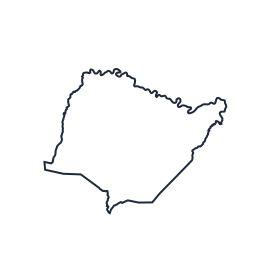 outline of San Francisco de Becerra, Olancho, Honduras, rotated 46°
{"feature_id": "27666195B71120455883268", "entity_name": "San Francisco de Becerra", "entity_type": "district", "adm_level": 2, "iso_a3": "HND", "parent_name": "Honduras", "parent_adm1": "Olancho", "projection": "albers", "projection_center": [-86.058, 14.62], "detail": "fine", "context": "isolated", "style": "outline", "palette": "slate", "viewbox_px": 256, "rotation_deg": 46, "n_neighbors": 0, "source": "geoboundaries", "source_scale": "gbopen_adm2", "svg_char_len": 5686}
<svg xmlns="http://www.w3.org/2000/svg" viewBox="0 0 256 256"><g transform="rotate(46 128 128)"><path d="M176.6,200.2L176.0,199.2L174.9,196.9L174.7,196.2L174.6,194.5L174.1,191.9L174.5,191.3L175.2,189.3L175.4,188.7L175.6,186.9L176.3,184.7L176.9,184.3L177.8,184.3L179.9,178.4L189.1,172.1L198.4,162.2L197.1,150.5L196.3,121.5L195.7,104.5L195.1,103.3L194.1,102.1L193.4,101.5L192.3,100.7L192.0,100.2L191.6,99.0L191.3,98.5L190.9,98.2L189.5,97.9L189.1,97.6L188.9,97.1L188.9,96.8L189.2,95.5L189.3,94.2L190.3,91.8L190.2,90.5L190.3,90.2L190.5,89.7L191.4,88.9L191.6,88.5L191.6,85.2L191.5,84.9L191.1,84.5L190.7,83.8L190.7,83.5L190.9,82.4L190.9,82.0L190.2,80.7L189.4,79.6L189.2,77.9L188.4,75.9L188.3,75.2L187.7,74.5L187.5,73.9L187.0,73.4L186.6,72.8L186.4,72.5L186.4,71.5L185.5,71.6L185.5,70.6L185.1,70.2L185.0,69.9L185.2,68.6L184.5,67.7L184.8,67.0L184.3,66.0L184.4,65.9L185.0,65.9L185.1,65.7L185.0,65.0L184.6,64.6L184.7,64.4L184.9,64.2L185.1,64.0L184.8,63.3L184.9,63.2L185.5,63.3L185.6,63.0L185.5,62.7L185.6,62.3L185.5,61.8L185.2,61.2L184.3,60.2L184.2,60.0L184.3,59.7L184.8,59.4L185.7,58.9L187.1,58.6L187.4,58.6L187.7,58.9L188.1,59.1L188.8,59.2L189.5,58.8L189.9,58.3L190.0,57.9L189.4,57.6L188.9,57.2L188.6,56.7L188.3,55.7L188.0,54.8L187.3,54.1L186.6,53.4L185.4,53.1L183.1,52.7L181.6,52.2L181.1,51.7L180.8,51.0L180.9,50.1L181.4,49.2L183.1,47.3L183.2,47.1L183.0,46.7L181.7,44.7L181.1,42.8L180.7,42.3L179.8,41.7L177.5,40.9L177.0,40.5L176.3,39.9L175.7,39.5L175.2,39.4L174.8,39.6L172.4,41.3L171.5,41.6L170.6,41.5L170.0,41.7L169.3,42.0L168.4,42.9L168.5,43.6L168.9,44.9L170.6,47.8L170.7,48.1L170.6,48.8L170.4,49.2L170.0,49.5L167.6,50.4L167.1,51.3L167.1,52.8L166.8,53.6L166.3,54.4L164.1,56.4L163.1,58.0L162.6,60.6L162.0,62.0L161.5,63.8L161.5,64.6L161.9,67.0L161.8,69.8L160.9,72.3L160.3,73.3L159.7,74.0L159.3,74.1L158.8,74.1L158.3,73.9L157.9,73.4L157.7,72.8L157.6,71.8L157.9,70.3L157.9,69.3L157.7,68.9L157.5,68.7L157.2,68.6L156.9,68.6L156.1,68.9L155.8,69.1L155.3,69.7L154.9,70.3L154.7,70.5L154.1,70.7L152.4,71.0L151.8,71.4L150.9,71.9L150.4,72.3L149.8,72.9L149.5,73.3L148.9,75.7L148.7,76.3L148.1,76.9L147.7,77.0L147.3,76.9L146.8,76.8L146.4,76.5L145.9,75.8L145.7,74.4L145.6,72.7L145.4,72.1L145.2,71.7L144.5,71.0L143.8,70.5L143.2,70.4L142.6,70.4L142.0,70.7L141.5,71.6L141.2,73.1L141.4,73.6L142.6,74.9L142.9,75.4L142.9,75.8L142.8,76.3L142.5,76.8L142.2,77.2L141.1,77.8L140.5,77.9L139.1,77.9L137.2,77.5L135.9,77.7L135.2,78.5L134.7,78.9L134.1,79.2L133.5,79.4L132.9,79.4L131.5,79.0L130.9,79.0L130.3,79.2L129.9,79.6L128.9,81.4L128.3,82.1L127.9,82.2L126.5,82.3L126.0,82.5L125.7,82.8L125.5,83.2L125.4,83.7L125.6,85.5L125.5,85.9L124.8,85.9L123.9,85.2L123.4,84.4L122.9,82.9L122.5,82.4L121.7,82.1L120.7,82.3L120.3,82.5L120.1,82.7L119.6,83.7L119.5,84.5L119.6,85.7L119.4,86.5L119.1,86.9L118.7,87.1L118.0,87.1L115.9,86.5L114.9,86.5L114.2,86.7L113.7,87.1L112.9,88.8L112.5,89.1L112.3,89.2L110.6,89.2L109.1,89.4L108.6,89.7L107.6,90.8L105.9,91.5L105.4,91.8L104.5,92.2L103.0,94.0L102.5,94.3L102.0,94.2L101.5,94.0L101.2,93.3L101.1,93.0L100.4,92.2L100.3,91.8L100.1,91.4L99.5,90.8L99.1,90.2L97.7,89.2L97.2,89.2L96.5,89.4L95.1,90.3L94.5,90.6L92.6,90.9L91.3,91.3L90.9,91.5L90.6,92.1L90.3,92.3L89.8,92.3L89.4,92.0L89.0,91.5L88.3,91.0L87.6,90.8L86.9,90.9L86.5,91.1L86.2,91.5L85.8,93.3L85.1,95.4L85.1,96.0L85.6,97.3L85.6,97.7L85.3,98.2L84.9,98.6L84.2,99.1L83.8,99.3L82.3,99.5L81.5,99.5L81.0,99.3L80.7,98.8L80.7,97.9L80.8,97.2L81.6,96.1L82.5,95.1L82.6,94.8L82.5,94.5L81.7,94.2L80.7,94.2L79.5,94.4L78.3,94.8L77.9,95.0L76.8,96.3L76.5,97.2L76.5,97.6L76.7,98.1L77.6,99.3L77.9,99.8L78.0,100.6L77.8,101.3L77.5,101.8L77.0,102.0L75.2,101.6L74.5,101.7L73.8,102.0L73.2,102.6L73.0,103.0L72.8,104.7L72.1,106.3L72.3,107.9L72.3,108.4L71.8,110.0L71.5,110.5L71.3,110.7L71.0,110.7L70.5,110.5L69.0,109.0L68.4,108.5L68.1,108.4L67.5,108.6L66.9,108.8L66.8,109.2L67.2,111.8L67.1,112.5L66.7,113.1L66.1,113.7L65.8,113.8L65.2,113.8L62.1,113.1L61.3,113.3L60.3,113.9L60.0,114.3L60.1,114.9L60.3,115.3L60.8,115.8L61.8,116.5L61.9,117.0L61.8,117.4L61.7,117.7L60.1,118.6L59.2,119.3L57.9,121.1L57.6,121.7L57.8,122.4L58.2,123.2L58.8,123.8L59.1,125.4L60.4,125.4L60.8,126.7L61.2,127.2L62.0,128.2L62.6,128.5L63.3,129.1L64.1,129.5L64.5,129.9L64.9,130.1L65.3,130.7L65.4,131.2L65.1,132.1L65.1,132.5L64.8,132.7L64.7,133.0L65.5,134.5L65.7,136.2L65.7,138.0L65.5,139.0L64.9,140.1L65.3,141.0L64.9,141.6L64.3,141.8L64.1,142.1L64.3,143.1L64.3,143.7L64.6,144.9L64.4,145.3L64.1,145.6L64.0,146.0L64.4,146.6L65.9,148.2L66.0,148.7L66.1,149.7L65.9,150.9L66.1,151.3L66.7,151.8L67.7,153.0L68.7,153.5L69.6,154.2L70.8,154.7L71.1,155.1L71.2,155.8L70.8,157.1L70.7,158.1L71.0,158.3L71.8,158.7L72.0,159.1L71.9,160.0L72.1,160.7L73.8,162.8L74.0,163.1L73.9,163.2L72.8,163.5L72.8,163.8L73.0,164.3L73.4,164.7L74.7,165.0L75.0,165.2L75.9,167.2L77.0,168.7L77.5,169.9L78.1,171.0L78.5,171.4L79.2,171.6L79.9,172.2L81.7,174.3L82.3,174.7L82.9,174.9L83.1,175.1L84.1,176.4L85.0,177.1L85.6,177.7L86.1,179.1L87.0,180.4L87.4,181.6L90.1,183.3L90.7,183.8L91.3,184.9L91.6,185.8L91.8,186.6L91.7,189.8L91.9,191.6L92.8,193.2L94.0,195.7L96.5,198.5L96.8,199.0L97.7,202.3L99.2,204.5L99.3,204.8L100.0,205.4L100.3,206.2L100.0,207.4L100.1,207.8L94.4,211.7L100.5,216.6L115.9,206.4L128.6,194.2L150.5,190.5L151.4,190.4L152.4,190.6L153.8,190.1L155.4,190.0L156.0,189.6L157.2,188.4L158.1,188.0L158.6,186.9L158.9,186.6L160.0,187.2L160.8,187.9L161.3,188.2L161.5,188.5L161.6,189.0L161.9,189.3L162.3,189.4L163.6,189.6L164.4,190.0L164.6,190.3L164.8,191.6L165.7,192.4L166.0,192.8L166.5,194.5L167.0,195.4L167.5,195.8L168.2,195.9L168.6,196.1L169.5,197.4L169.8,197.3L170.7,196.7L171.0,196.8L171.4,197.7L171.8,199.2L172.3,199.8L172.9,200.0L174.1,200.1L175.0,200.5L175.6,200.5L176.6,200.2Z" fill="none" stroke="#1e293b" stroke-width="2"/></g></svg>